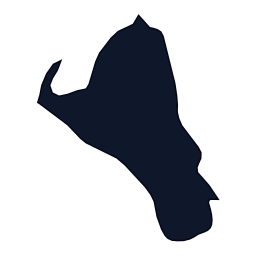 map outline of Umm Al Qaywayn (Equal Earth projection)
{"feature_id": "ARE-339", "entity_name": "Umm Al Qaywayn", "entity_type": "Emirate", "adm_level": 1, "iso_a3": "ARE", "parent_name": "United Arab Emirates", "parent_adm1": "", "projection": "equal_earth", "projection_center": [55.75, 25.47], "detail": "fine", "context": "isolated", "style": "filled", "palette": "ink", "viewbox_px": 256, "rotation_deg": 0, "n_neighbors": 0, "source": "natural_earth", "source_scale": "10m", "svg_char_len": 957}
<svg xmlns="http://www.w3.org/2000/svg" viewBox="0 0 256 256"><path d="M37.8,102.5L40.0,95.2L41.9,85.3L46.8,73.7L53.5,64.3L60.9,60.7L57.2,70.3L52.4,78.1L49.6,85.3L52.2,93.0L59.0,96.3L67.6,94.5L77.1,91.0L86.3,89.0L89.1,84.4L95.9,61.6L99.7,53.1L111.3,38.0L118.3,31.5L133.3,24.4L138.6,15.4L139.1,16.0L149.7,27.8L153.1,28.4L157.4,29.8L160.7,31.9L163.1,36.4L174.8,83.6L176.6,95.9L177.3,105.1L177.1,110.8L177.3,112.8L178.6,118.5L181.7,125.7L198.1,147.3L200.9,152.7L200.7,158.5L198.6,163.0L196.9,167.5L197.4,172.4L208.9,185.5L218.2,199.3L210.2,199.2L208.9,200.5L208.3,202.5L210.4,209.9L211.4,214.8L211.9,220.0L211.5,224.4L210.2,227.7L207.8,230.1L204.5,231.7L198.2,234.1L193.2,237.2L189.9,238.8L183.9,240.4L177.7,240.6L172.2,240.2L168.0,238.3L165.1,235.3L161.7,229.1L157.2,216.6L154.3,201.4L150.9,194.5L145.4,186.9L125.1,164.9L116.9,157.9L86.1,142.7L80.8,138.4L67.7,124.7L39.1,103.2L37.8,102.5L37.8,102.5Z" fill="#0f172a" stroke="#020617" stroke-width="1.5"/></svg>